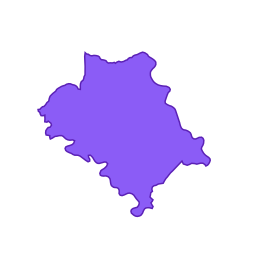 the district of Anita Garibaldi, Santa Catarina, Brazil, rotated 208°
{"feature_id": "56859067B7294135466211", "entity_name": "Anita Garibaldi", "entity_type": "district", "adm_level": 2, "iso_a3": "BRA", "parent_name": "Brazil", "parent_adm1": "Santa Catarina", "projection": "orthographic", "projection_center": [-51.083, -27.731], "detail": "fine", "context": "isolated", "style": "filled", "palette": "violet", "viewbox_px": 256, "rotation_deg": 208, "n_neighbors": 0, "source": "geoboundaries", "source_scale": "gbopen_adm2", "svg_char_len": 3790}
<svg xmlns="http://www.w3.org/2000/svg" viewBox="0 0 256 256"><g transform="rotate(208 128 128)"><path d="M85.1,54.5L82.3,53.8L80.2,53.7L78.3,54.3L76.4,55.9L75.5,57.4L75.2,59.7L75.5,62.2L75.4,64.4L74.7,65.7L73.6,66.6L72.0,67.5L70.6,67.9L68.9,68.3L69.0,70.4L70.9,71.5L72.6,72.7L72.2,74.5L72.2,76.3L74.4,76.8L76.2,77.4L76.6,79.0L77.5,81.6L76.7,83.5L78.3,85.3L78.8,87.4L78.0,89.2L76.4,90.5L74.9,92.8L72.9,94.3L71.0,95.7L71.0,98.7L70.8,101.3L70.3,103.2L69.9,105.7L69.4,108.4L68.5,111.0L65.8,120.7L64.8,124.1L62.2,122.2L60.3,122.6L58.3,122.9L56.6,124.7L55.2,126.7L52.4,127.9L50.3,128.4L49.0,129.6L47.3,131.1L45.2,132.1L42.9,131.8L41.4,131.0L40.3,132.6L39.9,134.4L39.9,136.2L40.2,138.0L41.1,139.2L42.9,139.9L44.9,140.1L46.5,140.3L48.0,140.7L49.5,141.3L51.5,142.5L53.4,143.9L53.9,145.8L53.8,148.0L54.1,150.0L55.3,152.8L56.9,154.1L58.7,154.4L60.8,153.1L62.1,151.3L63.1,150.1L64.8,149.3L66.7,149.6L68.2,150.8L69.2,151.9L70.7,153.0L72.8,153.4L74.4,153.4L76.1,153.2L77.8,152.6L79.2,152.5L80.8,153.0L82.4,154.2L83.9,155.7L85.1,157.1L86.3,158.2L89.4,161.2L93.7,165.3L94.8,166.3L96.0,167.0L97.7,167.4L99.9,167.6L102.0,167.2L104.5,167.1L106.7,167.4L107.8,169.0L108.2,171.2L108.5,173.0L108.9,175.6L109.1,178.1L108.4,180.3L108.9,182.0L110.6,183.0L112.1,183.0L113.9,182.8L115.4,182.1L117.1,181.4L119.2,180.7L121.4,180.2L123.1,180.2L124.7,180.3L126.5,180.7L128.0,181.3L129.2,182.0L130.5,182.8L131.8,183.7L133.0,185.1L133.9,186.7L134.5,188.2L134.4,189.9L134.0,192.1L133.4,193.7L133.1,195.4L133.2,197.1L134.4,199.2L136.2,200.1L138.5,200.5L140.8,200.7L142.4,200.7L143.8,201.0L145.3,202.0L148.5,202.3L150.7,201.8L152.5,199.8L154.3,197.2L156.1,195.6L157.2,194.1L157.7,192.0L159.3,191.1L160.3,189.6L160.6,187.9L161.7,186.8L163.1,184.7L165.1,183.0L167.4,182.6L168.9,180.7L169.5,179.2L170.9,179.5L172.3,178.1L174.3,177.2L175.9,176.1L177.5,176.3L179.1,177.1L180.8,176.8L182.2,176.4L183.6,175.8L185.3,176.3L186.6,177.3L188.1,177.5L190.1,177.0L192.2,176.1L193.9,174.7L195.7,174.2L197.7,174.5L199.3,173.9L201.2,174.4L199.8,170.8L194.8,162.3L190.9,154.8L190.9,152.7L190.3,150.9L190.1,149.1L191.0,147.0L190.7,144.7L189.9,142.8L189.1,141.4L188.2,139.7L190.3,139.0L191.9,140.2L193.3,140.7L195.2,140.8L197.4,140.2L199.5,140.0L201.1,139.3L202.8,137.8L203.8,136.0L205.1,134.8L206.3,133.4L207.3,131.8L208.2,130.4L209.1,128.5L209.1,126.7L209.7,125.2L210.6,123.2L211.2,121.3L211.7,119.4L211.4,117.2L210.6,114.5L211.5,112.3L211.7,109.8L212.3,107.6L213.5,106.6L214.2,104.8L214.5,103.2L216.1,102.1L215.0,100.7L213.2,100.4L212.0,99.1L210.5,98.1L208.7,99.0L207.5,100.3L206.7,98.9L205.6,97.1L204.4,94.4L202.3,95.1L201.7,96.6L199.9,96.3L198.3,96.0L196.9,94.6L197.2,92.1L198.7,91.0L199.1,89.3L199.3,87.2L198.4,84.9L197.0,83.4L195.2,84.0L193.5,84.5L192.5,82.8L191.4,81.8L190.1,83.5L188.5,86.3L186.9,87.4L185.2,88.9L183.1,90.1L181.3,90.2L179.7,89.7L177.7,89.2L175.5,89.3L173.5,90.0L171.3,91.5L169.2,91.7L168.8,89.2L169.4,87.3L170.4,86.1L171.4,85.0L172.7,83.8L174.0,82.2L174.0,80.5L172.5,79.0L170.8,78.6L168.1,78.7L166.1,79.0L164.2,78.8L162.3,79.0L160.6,79.9L159.2,80.5L157.2,80.7L155.1,80.4L153.2,80.1L150.2,79.6L147.4,79.4L146.3,80.8L147.1,82.5L148.9,83.5L150.1,85.2L148.6,86.3L147.0,86.0L145.2,85.3L143.1,84.0L141.5,83.1L139.5,82.5L138.1,82.6L136.8,83.2L135.6,84.3L134.2,85.6L133.0,86.8L131.4,87.6L129.2,86.9L129.0,84.2L129.7,81.9L130.3,80.5L131.2,79.2L131.9,77.6L131.6,74.8L130.3,73.4L128.9,73.4L127.4,73.9L126.2,74.6L124.9,75.4L122.4,75.7L120.4,74.9L119.3,73.8L118.1,72.1L116.9,70.5L115.5,69.3L113.1,68.9L111.6,69.3L110.2,70.0L108.9,70.2L107.5,69.7L106.3,68.5L105.1,65.9L103.4,65.0L101.5,65.5L99.8,67.3L98.4,69.2L97.4,70.4L96.0,71.3L93.5,71.8L91.2,71.4L89.4,70.4L87.4,69.4L85.3,68.6L83.5,67.9L82.6,66.5L82.3,64.6L82.7,62.3L84.0,61.1L85.7,59.4L86.6,57.6L86.4,56.0L85.1,54.5Z" fill="#8b5cf6" stroke="#5b21b6" stroke-width="1.5"/></g></svg>